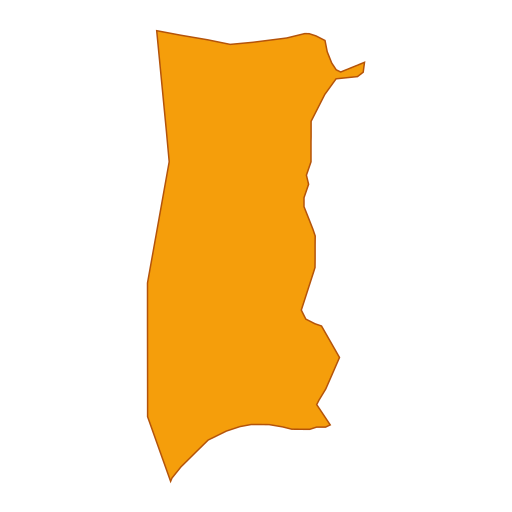 the district of El Mahalla El Kobra 1, Al Gharbiyah, Egypt
{"feature_id": "37247803B33449651537702", "entity_name": "El Mahalla El Kobra 1", "entity_type": "district", "adm_level": 2, "iso_a3": "EGY", "parent_name": "Egypt", "parent_adm1": "Al Gharbiyah", "projection": "orthographic", "projection_center": [31.176, 30.972], "detail": "fine", "context": "isolated", "style": "filled", "palette": "amber", "viewbox_px": 512, "rotation_deg": 0, "n_neighbors": 0, "source": "geoboundaries", "source_scale": "gbopen_adm2", "svg_char_len": 984}
<svg xmlns="http://www.w3.org/2000/svg" viewBox="0 0 512 512"><path d="M156.7,30.7L166.4,131.2L169.2,161.8L155.9,236.2L147.5,283.0L147.5,324.5L147.6,394.5L147.6,416.7L170.6,481.3L172.0,478.0L181.0,466.8L187.8,460.1L196.9,451.1L208.2,440.0L226.3,431.1L230.2,429.8L239.9,426.6L251.2,424.5L260.2,424.5L269.2,424.6L282.7,426.9L291.8,429.2L305.3,429.3L309.8,429.3L316.6,427.1L325.6,427.1L330.2,424.9L316.7,404.6L319.0,400.1L325.8,388.9L339.5,357.5L321.5,326.0L314.8,323.7L305.8,319.1L301.3,310.1L313.6,272.0L315.0,267.5L315.1,258.5L315.1,245.0L315.2,236.0L312.9,229.2L308.5,218.0L304.0,206.7L304.0,197.7L308.6,184.3L306.4,175.2L311.0,161.8L311.0,141.6L311.1,136.8L311.1,121.3L324.8,94.4L336.1,78.8L357.5,76.6L363.2,72.2L364.5,62.3L340.7,72.0L336.2,69.8L331.7,63.0L327.2,51.7L325.0,40.5L320.5,38.2L316.0,35.9L309.2,33.7L304.7,33.6L295.7,35.8L286.7,38.0L252.8,42.3L230.2,44.4L218.9,42.1L207.7,39.8L180.6,35.2L157.3,30.8L156.7,30.7Z" fill="#f59e0b" stroke="#b45309" stroke-width="1.5"/></svg>